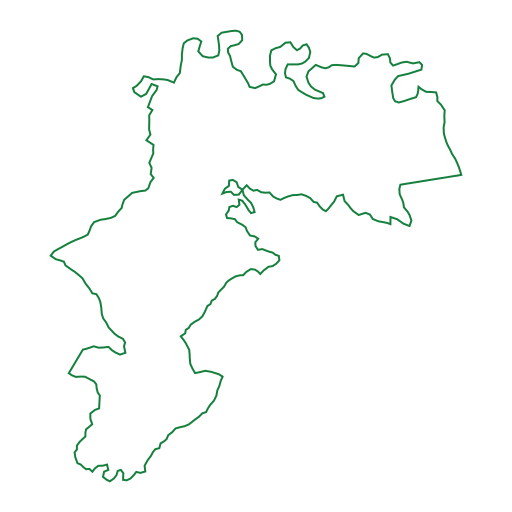 Entre-Ijuís, Rio Grande do Sul, Brazil (Albers equal-area conic projection)
{"feature_id": "56859067B25035213564080", "entity_name": "Entre-Ijuís", "entity_type": "district", "adm_level": 2, "iso_a3": "BRA", "parent_name": "Brazil", "parent_adm1": "Rio Grande do Sul", "projection": "albers", "projection_center": [-54.301, -28.49], "detail": "fine", "context": "isolated", "style": "outline", "palette": "green", "viewbox_px": 512, "rotation_deg": 0, "n_neighbors": 0, "source": "geoboundaries", "source_scale": "gbopen_adm2", "svg_char_len": 5588}
<svg xmlns="http://www.w3.org/2000/svg" viewBox="0 0 512 512"><path d="M406.6,61.8L401.8,62.5L398.3,63.8L393.1,65.6L390.4,62.6L389.9,58.3L387.9,54.2L382.2,54.6L377.7,57.1L374.0,57.6L370.7,56.1L366.5,53.9L363.1,53.4L358.7,58.2L358.4,63.0L354.6,66.5L341.9,65.3L335.9,64.9L331.8,65.2L328.8,67.3L325.3,68.3L321.1,67.2L315.8,64.9L308.5,71.3L306.5,76.6L308.5,82.8L311.1,86.6L315.0,89.7L318.3,91.1L323.0,93.1L324.4,96.7L321.4,98.2L318.1,98.6L313.4,98.0L306.0,94.7L298.4,90.1L295.8,86.2L293.4,81.0L289.8,78.6L286.0,77.4L285.0,73.3L285.5,69.2L287.7,64.4L298.1,64.4L302.0,63.5L305.2,61.7L308.9,58.0L310.3,52.0L308.9,47.7L306.6,44.3L302.9,45.4L300.0,48.6L296.9,50.2L293.3,47.0L290.4,42.3L285.5,42.7L280.3,46.9L275.6,48.2L271.3,50.4L270.0,55.6L270.0,61.6L270.3,65.7L272.2,69.5L276.0,74.3L274.0,81.4L269.8,83.9L266.4,84.8L263.0,84.5L259.3,86.3L255.1,88.1L249.6,86.9L248.3,83.6L246.0,79.7L243.2,75.0L240.8,71.2L236.8,69.8L232.8,66.7L231.3,61.2L230.0,55.9L228.1,52.4L227.9,48.7L230.8,46.1L234.3,45.3L238.7,44.0L242.2,40.2L242.0,34.9L239.6,31.7L235.8,30.7L231.7,31.0L227.5,31.7L221.6,32.7L217.7,36.0L218.3,39.9L219.1,46.0L219.3,50.7L218.3,55.4L213.0,57.5L208.1,57.5L202.7,56.2L198.3,51.4L199.8,46.0L201.3,41.5L197.6,38.7L193.1,38.3L187.3,40.5L183.8,43.3L182.6,48.3L181.9,54.5L181.9,60.0L180.8,65.1L179.8,73.1L176.5,77.2L173.9,82.6L167.6,80.0L163.6,79.4L158.7,79.1L153.2,79.4L148.3,77.1L143.8,76.3L141.1,81.2L136.5,86.0L132.9,88.1L134.3,92.1L140.9,96.7L146.2,93.9L151.6,84.0L157.6,86.3L156.6,90.0L152.1,96.1L147.9,107.2L152.4,110.0L149.2,115.3L149.3,120.4L149.1,129.4L150.4,134.6L146.4,140.3L153.5,144.9L153.1,149.8L153.3,153.4L149.3,162.8L151.6,167.9L150.7,174.1L153.7,177.9L150.4,182.2L148.3,188.3L145.3,190.6L140.6,191.1L132.1,192.9L124.2,199.8L122.5,204.3L121.6,208.0L118.1,211.8L115.2,215.9L110.8,217.9L105.2,219.1L100.7,219.7L94.1,222.1L91.1,226.3L89.6,230.5L87.8,234.6L83.6,236.8L79.8,238.4L75.1,240.2L70.5,242.4L67.2,244.1L62.7,246.6L57.2,249.6L53.8,251.6L50.7,255.7L55.8,259.2L60.2,260.4L63.9,261.7L65.5,265.4L68.3,267.4L71.6,269.8L74.5,271.6L78.1,274.5L82.5,278.3L85.6,283.7L89.2,288.2L92.4,293.3L96.4,294.2L98.9,298.1L100.4,302.3L101.3,307.9L101.8,314.1L103.2,318.4L106.2,322.5L108.6,327.4L111.6,330.6L114.6,333.8L118.2,336.5L122.9,338.8L125.1,342.5L124.0,346.3L125.4,352.8L120.0,354.6L114.9,352.2L111.8,350.1L108.5,346.9L103.3,347.5L98.6,347.7L93.7,346.3L89.7,347.7L86.0,348.9L82.9,349.6L68.8,373.2L71.9,375.3L75.8,376.9L80.6,376.6L85.0,376.7L94.1,381.5L96.3,384.4L96.7,388.6L97.7,392.5L99.8,395.5L99.4,402.7L99.1,408.4L95.0,409.9L90.3,413.6L90.4,419.0L92.2,424.2L89.1,426.9L86.1,429.3L85.4,432.8L85.4,436.5L82.8,438.8L79.7,441.8L76.9,445.6L76.9,449.5L74.6,452.3L75.3,457.3L77.5,463.2L80.7,464.5L83.2,467.0L86.1,469.2L89.4,468.9L92.4,471.7L95.0,468.3L98.3,465.8L102.7,465.7L107.0,464.6L108.3,469.9L104.1,471.7L103.0,476.9L106.6,479.7L109.8,481.3L113.8,478.6L116.5,475.1L117.7,470.9L120.8,469.9L123.3,473.1L123.1,479.8L126.7,480.3L130.5,478.5L133.8,475.1L136.3,471.9L140.3,472.9L145.3,471.5L144.6,465.7L147.8,460.0L150.9,456.0L152.8,452.3L155.3,449.2L159.3,448.2L160.6,443.3L164.1,441.3L166.6,439.1L168.2,435.2L172.2,432.2L175.6,428.4L180.8,427.0L184.7,426.2L189.0,424.3L194.2,420.2L199.0,416.7L202.3,413.3L206.1,412.1L207.8,408.6L210.1,405.0L213.9,400.7L216.4,395.6L217.3,390.5L219.3,386.1L220.7,381.0L222.6,376.6L218.8,374.2L211.1,371.8L205.1,370.8L200.0,372.1L195.1,373.1L192.5,368.7L190.3,363.9L189.8,358.8L189.6,354.2L189.2,349.8L187.5,346.5L185.4,342.5L183.1,339.3L180.8,336.3L185.2,333.3L185.8,329.8L188.7,328.0L190.7,324.7L194.6,321.8L198.8,319.6L202.4,316.3L205.0,311.5L207.4,306.0L210.3,304.2L211.8,300.6L214.8,299.0L217.1,295.9L218.3,292.5L220.7,290.1L224.1,286.6L226.4,282.6L228.9,280.4L231.7,278.6L235.5,276.4L239.9,275.3L243.2,275.2L246.2,272.0L250.8,269.1L254.9,269.6L257.9,271.5L260.3,274.0L263.5,270.6L268.4,266.8L272.6,266.1L276.0,263.9L279.4,260.3L278.8,255.9L275.4,254.8L272.7,252.6L268.2,251.4L262.3,249.1L257.9,249.8L255.5,246.0L255.3,242.3L258.2,238.7L254.6,236.4L250.0,235.5L247.0,231.0L245.6,227.3L242.5,224.9L237.2,222.2L234.8,219.1L230.5,218.3L227.1,218.1L226.0,214.5L228.7,210.6L229.4,207.0L233.0,205.8L236.6,207.1L239.4,204.8L238.8,199.6L242.2,200.7L245.3,204.6L248.7,210.3L251.0,213.1L254.6,212.1L253.3,207.4L251.0,202.8L247.9,199.8L243.8,195.2L242.5,189.7L246.7,185.3L250.0,188.7L253.5,190.7L257.0,189.9L261.4,192.3L265.5,192.7L269.5,192.5L273.0,196.4L276.7,198.5L280.5,199.8L284.1,198.0L287.9,196.5L292.8,195.1L297.1,195.0L301.3,194.3L305.7,195.7L310.1,198.0L313.7,202.0L317.1,202.6L319.6,206.3L322.6,209.4L325.9,211.2L328.5,208.6L330.8,205.6L334.1,201.6L336.8,196.3L343.0,194.7L344.6,201.1L348.3,205.0L350.3,207.8L353.1,211.0L358.7,215.0L365.5,212.8L370.0,214.6L372.8,219.0L378.4,221.3L383.0,222.1L387.0,222.9L390.4,224.1L390.5,217.0L397.1,219.2L403.5,223.7L409.5,226.0L411.4,220.6L409.6,215.1L407.6,211.7L403.9,207.3L403.4,203.2L402.2,199.8L399.7,194.3L399.3,189.0L400.4,184.7L461.3,174.9L460.1,170.9L458.7,166.7L457.2,163.1L455.1,158.6L452.1,154.0L449.9,149.2L448.1,146.0L446.5,142.5L445.2,138.4L443.9,133.7L443.6,127.4L444.6,122.2L444.3,116.1L444.7,110.3L441.0,104.7L437.3,101.0L437.4,97.2L436.1,92.4L431.3,92.0L426.0,91.8L421.5,89.2L418.5,86.8L418.2,90.5L417.6,94.0L416.0,97.2L409.8,99.1L404.3,101.0L398.8,102.5L395.1,101.3L393.2,98.1L392.2,91.6L391.4,85.5L394.8,79.7L398.1,76.1L408.6,73.7L421.4,69.6L422.1,64.9L419.4,62.2L413.0,63.4L406.6,61.8ZM242.5,189.7L238.8,194.6L234.0,194.9L230.8,191.7L226.3,192.1L222.4,193.6L224.9,188.7L228.9,185.9L229.2,180.6L232.8,179.9L236.6,182.2L238.3,187.0L242.5,189.7Z" fill="none" stroke="#15803d" stroke-width="2"/></svg>